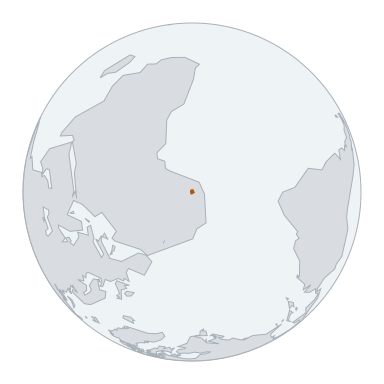 the Earth from above Bafing, rotated 212°
{"feature_id": "CIV-3440", "entity_name": "Bafing", "entity_type": "Region", "adm_level": 1, "iso_a3": "CIV", "parent_name": "Ivory Coast", "parent_adm1": "", "projection": "orthographic", "projection_center": [-7.658, 8.459], "detail": "fine", "context": "on_globe", "style": "filled", "palette": "amber", "viewbox_px": 384, "rotation_deg": 212, "n_neighbors": 0, "source": "natural_earth", "source_scale": "10m", "svg_char_len": 9262}
<svg xmlns="http://www.w3.org/2000/svg" viewBox="0 0 384 384"><g transform="rotate(212 192 192)"><circle cx="192" cy="192" r="169" fill="#eef3f6" stroke="#a8b0b8"/><path d="M138.4,31.8L128.3,35.9L131.5,34.7L127.9,36.8L130.3,36.4L126.8,38.1L131.7,36.4L134.5,35.0L137.5,34.0L139.2,33.8L135.1,35.7L133.6,36.0L133.3,36.5L130.5,37.7L132.8,37.0L127.6,39.7L135.2,36.9L133.0,38.9L128.9,40.7L126.2,40.7L110.0,46.7L105.0,49.5L100.6,53.0L98.9,58.6L94.7,62.0L91.2,66.5L94.9,64.2L99.0,60.1L105.1,57.5L109.3,53.3L112.4,51.8L118.0,47.9L120.5,48.5L119.9,51.4L115.3,54.9L114.9,56.5L121.9,53.5L116.1,61.0L116.8,68.0L114.9,70.2L106.4,73.2L99.6,71.8L88.6,77.7L99.1,74.2L94.2,80.7L94.8,82.1L97.0,82.2L100.2,80.0L99.2,82.6L88.5,86.5L89.2,84.2L92.6,82.8L89.3,82.4L82.1,86.1L80.2,89.6L71.2,92.9L69.8,95.7L67.0,98.2L69.9,93.5L64.5,102.4L53.7,110.8L46.0,127.5L49.9,113.8L49.1,111.6L47.4,111.0L46.0,113.7L45.6,110.6L42.0,115.3L35.8,128.1L32.2,138.8L33.1,140.5L35.6,135.1L37.5,134.9L31.4,149.9L34.0,153.9L31.0,165.7L31.1,172.4L33.6,171.7L35.9,175.6L39.1,169.3L43.6,166.6L42.0,176.4L45.8,168.1L47.4,173.4L57.3,175.2L56.1,177.3L64.2,190.7L75.7,197.7L78.3,205.3L76.7,209.5L81.2,211.5L81.3,214.4L101.8,221.4L114.1,229.8L115.0,239.9L107.2,250.5L106.0,273.7L93.5,279.6L94.3,288.6L91.5,300.6L83.4,298.3L89.8,305.4L88.7,308.6L84.6,308.0L87.5,312.4L84.6,311.9L89.1,315.3L89.9,320.1L96.0,325.2L98.0,328.9L102.2,331.8L100.9,331.4L101.0,332.1L102.9,333.5L96.6,330.0L88.6,323.7L86.2,320.9L84.5,319.9L78.8,312.4L78.9,313.6L69.0,301.0L64.0,290.9L50.9,259.3L47.3,252.3L40.1,243.1L30.8,216.8L31.4,207.4L30.2,202.2L34.1,189.5L34.4,176.0L33.3,173.7L31.5,178.1L29.2,168.3L30.2,157.8L31.0,140.9L35.1,129.4L40.0,118.2L45.8,107.4L52.3,97.0L59.5,87.2L67.4,77.9L76.0,69.2L85.2,61.1L94.9,53.7L105.2,47.1L115.9,41.2L127.0,36.0L138.4,31.8ZM43.4,133.1L46.6,143.4L42.6,143.2L43.7,141.9L43.4,138.0L42.0,133.9L39.1,134.7L43.4,133.1ZM49.9,124.8L49.1,123.8L50.2,124.1L49.9,124.8ZM116.3,47.9L117.1,47.9L115.7,48.6L116.3,47.9ZM117.9,46.3L115.6,47.1L116.1,46.5L117.5,46.0L117.9,46.3ZM120.7,45.5L117.1,45.4L118.0,44.4L124.0,41.7L120.7,45.5ZM134.6,34.7L131.8,36.2L132.6,35.2L134.6,34.7ZM134.4,34.4L132.5,34.0L137.5,32.1L137.1,32.5L142.4,30.5L145.7,29.8L143.6,30.7L139.7,31.9L144.0,30.8L134.4,34.4ZM138.8,33.5L138.0,33.4L142.3,31.7L144.7,31.6L142.6,32.1L138.8,33.5ZM146.6,29.2L149.4,28.5L151.3,28.0L146.3,29.6L142.1,30.6L146.6,29.2ZM142.5,32.4L145.9,31.6L145.4,32.3L139.9,33.5L142.5,32.4ZM142.4,31.4L144.5,30.7L144.1,31.0L142.4,31.4ZM145.6,35.0L144.5,34.6L146.6,33.6L145.6,35.0ZM147.2,31.3L147.4,31.1L148.1,30.7L150.2,30.4L147.2,31.3ZM149.2,29.0L150.0,28.9L151.5,28.2L154.4,27.7L150.5,29.0L153.3,28.2L154.2,28.1L150.1,29.3L149.2,29.0ZM154.5,29.1L150.5,31.0L152.0,31.8L150.2,32.6L148.0,31.3L154.5,29.1ZM152.2,29.1L153.2,29.3L150.4,30.0L148.0,30.4L152.2,29.1ZM157.7,27.1L154.4,27.5L155.3,27.2L157.7,27.1ZM155.5,29.2L156.4,28.7L155.9,29.1L155.5,29.2ZM157.7,27.4L156.3,27.6L157.5,27.2L157.7,27.4ZM159.4,27.9L158.1,28.5L156.4,28.7L159.4,27.9ZM159.0,27.6L160.9,27.2L156.6,28.4L158.3,27.6L159.0,27.6ZM158.9,27.1L159.2,27.0L159.3,27.2L158.9,27.1ZM166.4,27.2L161.4,28.7L157.7,29.0L163.1,27.4L166.4,27.2ZM109.0,336.8L98.0,331.0L103.3,333.9L102.3,332.1L109.8,336.1L109.0,336.8ZM108.1,332.5L109.7,331.9L111.4,332.8L110.7,333.5L108.1,332.5ZM350.2,132.7L354.4,147.1L358.1,163.0L358.7,170.9L352.5,149.6L347.1,135.0L346.5,137.2L338.7,126.4L330.0,128.9L327.3,125.4L326.0,127.8L320.3,125.1L315.6,119.5L312.8,120.7L324.9,135.5L327.7,134.5L328.1,127.5L331.1,133.1L336.4,137.4L335.7,153.3L320.4,170.7L316.5,159.0L292.3,129.6L291.7,126.0L291.5,125.6L291.1,125.0L291.3,130.9L286.4,125.3L301.8,145.8L305.5,155.3L320.2,171.4L319.4,173.5L323.4,176.7L333.3,169.8L333.9,173.8L330.7,193.8L314.9,222.6L315.6,239.5L312.2,254.4L299.3,265.8L297.4,276.9L290.3,281.6L287.9,288.0L280.5,295.3L269.2,302.5L253.4,304.3L254.8,298.8L250.5,288.5L245.5,262.4L252.0,249.5L251.6,239.8L239.9,219.1L242.6,206.7L238.9,201.9L231.5,203.7L226.9,197.9L222.2,198.1L191.1,204.1L180.2,196.7L163.7,173.2L168.3,163.4L166.6,152.5L196.1,114.5L205.2,116.0L231.6,109.5L235.4,110.5L235.4,118.7L257.7,126.9L261.3,119.6L278.4,123.4L287.9,122.0L285.9,106.6L270.3,108.5L264.6,101.7L274.6,94.0L287.8,93.3L286.0,90.7L275.1,85.8L275.6,80.8L271.1,83.9L274.8,86.2L272.1,88.5L268.5,86.5L268.8,84.6L264.1,84.0L264.0,93.9L267.7,97.3L257.0,100.4L262.3,106.6L260.3,110.1L250.7,100.9L249.6,97.3L233.9,88.5L234.0,92.5L248.9,101.2L245.4,100.8L245.7,107.1L242.7,102.0L226.4,92.2L215.0,95.7L205.0,112.0L197.4,114.0L189.1,111.6L188.3,96.1L205.3,93.6L205.2,88.9L198.0,82.9L203.7,82.9L202.9,80.4L208.9,79.5L213.7,72.9L219.3,71.8L217.6,64.6L220.2,63.3L220.5,67.8L223.7,70.6L237.1,68.9L238.7,67.2L236.5,62.9L240.4,63.3L236.6,59.4L242.5,57.2L232.0,56.9L229.2,52.6L230.8,49.2L228.0,47.9L225.3,53.7L226.0,56.2L229.5,58.2L229.6,66.0L225.8,67.7L218.5,60.1L212.3,62.0L209.4,55.9L218.3,42.8L223.9,40.3L240.7,43.9L241.5,46.3L235.8,46.0L244.4,49.8L242.1,47.8L245.4,48.4L243.5,45.2L245.7,45.5L240.0,42.1L242.6,42.2L246.1,44.3L245.5,40.4L249.8,40.3L248.6,39.3L246.0,38.3L253.2,39.2L252.0,38.4L249.2,37.8L244.9,36.1L240.1,33.7L242.9,34.1L245.0,35.0L253.5,38.0L258.6,40.9L259.2,40.9L255.4,38.5L245.1,34.8L241.4,33.3L246.3,34.7L244.2,34.0L243.3,33.4L244.9,33.4L239.5,31.9L225.4,26.7L227.1,26.7L233.0,28.1L231.3,27.7L242.6,30.8L253.8,34.7L264.6,39.4L275.1,44.9L285.1,51.0L294.7,57.9L303.8,65.4L312.4,73.5L320.4,82.2L327.7,91.4L334.4,101.1L340.4,111.3L345.7,121.8L350.2,132.7ZM189.4,133.2L189.4,136.4L189.4,133.2ZM304.1,100.8L310.4,100.4L303.3,91.9L305.1,91.2L302.0,88.7L302.7,91.3L294.6,84.7L295.7,81.9L292.8,78.4L290.5,78.4L289.7,85.0L301.4,94.0L301.8,97.9L304.1,100.8ZM57.7,175.1L58.7,177.3L56.9,177.0L57.7,175.1ZM40.9,146.9L42.1,147.6L42.4,149.3L41.2,149.5L40.9,146.9ZM54.0,150.9L56.0,152.3L53.5,152.5L54.0,150.9ZM47.4,144.8L52.4,150.2L47.6,152.0L44.6,148.7L47.3,148.6L47.4,144.8ZM46.9,129.9L47.5,130.9L46.5,132.5L46.9,129.9ZM50.6,125.0L50.2,125.1L50.5,123.5L50.6,125.0ZM94.8,80.5L95.7,80.2L97.4,80.9L95.5,81.7L94.8,80.5ZM111.3,78.2L109.4,82.4L109.5,79.8L106.5,81.4L103.0,78.3L113.8,71.2L109.5,74.8L111.3,78.2ZM101.3,72.9L102.3,75.2L100.8,73.0L101.3,72.9ZM192.1,69.1L195.4,70.3L194.9,73.2L187.8,76.0L188.5,71.6L192.1,69.1ZM200.2,71.4L194.9,63.8L199.1,62.2L197.7,64.3L201.0,64.0L199.5,67.4L208.6,73.8L208.7,76.9L195.6,79.6L199.8,76.8L196.3,75.6L200.2,71.4ZM174.2,51.7L172.0,49.6L183.9,48.6L184.6,50.8L177.6,53.3L172.7,52.4L174.2,51.7ZM132.1,41.3L130.5,41.5L131.6,40.8L133.9,40.1L132.1,41.3ZM144.9,34.9L140.4,40.3L138.3,40.6L138.2,44.0L132.6,46.4L132.9,44.0L128.5,48.6L126.6,47.4L124.2,50.6L125.4,45.1L123.4,44.6L127.7,44.1L132.9,41.9L134.5,40.8L137.7,37.5L136.0,35.9L140.9,33.8L144.7,32.9L145.9,32.9L142.4,34.1L146.4,33.4L142.2,35.2L144.9,34.9ZM187.1,29.3L182.6,29.5L190.0,30.6L185.8,31.5L186.9,31.5L185.1,32.8L184.9,34.7L182.5,35.0L183.4,35.6L182.3,36.7L182.7,37.7L178.7,38.8L178.9,40.3L176.9,40.0L178.4,42.3L175.5,41.1L173.7,42.7L177.4,43.0L154.7,48.7L147.3,52.8L142.8,57.2L138.5,55.2L139.9,50.2L144.6,44.6L152.3,41.2L148.9,41.3L151.6,39.8L153.1,40.4L152.4,38.6L155.0,37.6L159.2,34.1L156.5,32.7L157.9,31.6L160.3,31.7L160.1,30.6L165.6,30.2L166.8,29.5L173.4,28.6L177.3,29.5L178.3,28.7L183.4,28.3L187.1,29.3ZM168.3,26.9L173.9,27.3L174.4,28.1L162.7,29.4L160.9,30.1L153.4,31.5L152.9,30.3L155.1,30.0L157.1,29.4L156.4,30.0L158.4,29.2L161.5,28.8L163.9,28.1L165.1,28.3L168.3,26.9ZM238.0,107.2L240.6,107.3L244.2,106.5L244.5,110.7L238.0,107.2ZM226.8,100.5L228.9,99.8L231.0,104.8L228.3,105.0L226.8,100.5ZM228.2,95.4L228.8,99.4L226.9,97.3L228.2,95.4ZM222.2,67.1L224.3,66.3L225.2,67.3L224.9,68.9L222.2,67.1ZM208.2,34.4L205.5,34.0L205.6,33.6L201.4,31.8L204.2,31.3L207.8,32.1L208.2,34.4ZM284.3,109.5L282.6,112.7L280.7,111.5L281.7,110.6L284.3,109.5ZM263.4,111.7L269.0,113.0L263.4,112.8L263.4,111.7ZM210.4,33.5L208.4,32.8L211.0,33.0L210.4,33.5ZM206.0,30.9L208.8,30.9L204.0,31.0L206.0,30.9ZM300.6,321.2L298.8,322.8L298.1,323.4L300.6,321.2ZM330.5,248.6L317.1,275.5L312.2,276.6L313.5,269.3L320.0,253.3L326.5,247.8L330.4,240.2L330.5,248.6ZM358.4,164.4L359.9,173.4L359.9,175.5L358.4,164.4ZM231.0,31.1L233.8,33.8L237.6,36.1L242.6,37.7L236.8,37.0L230.9,33.4L231.0,31.1ZM225.8,27.0L221.4,26.2L222.4,26.2L223.6,26.4L225.8,27.0ZM223.8,26.8L220.0,26.6L217.0,25.9L220.5,26.2L223.8,26.8ZM215.4,29.1L216.1,29.9L213.9,29.6L215.4,29.1Z" fill="#d9dde1" stroke="#a8b0b8" stroke-width="1"/><path d="M191.5,191.1L191.3,191.1L191.1,191.0L191.1,190.7L191.2,190.4L191.5,190.2L191.8,190.2L191.8,190.3L192.0,190.5L192.4,190.8L192.5,191.0L192.8,191.2L192.8,191.3L193.0,191.5L193.3,191.7L193.4,191.8L193.4,192.0L193.5,192.3L193.6,192.5L193.6,192.8L193.6,193.0L193.6,193.3L193.3,193.4L193.2,193.4L193.1,193.2L192.9,193.0L192.7,192.9L192.5,193.0L192.4,193.1L192.5,193.3L192.4,193.3L192.5,193.4L192.5,193.5L192.4,193.6L192.3,193.8L192.2,193.8L192.2,193.7L192.2,193.8L192.1,193.7L192.1,193.8L191.9,193.8L191.8,193.7L191.7,193.7L191.4,193.5L191.5,193.4L191.4,193.4L191.2,193.3L191.1,193.2L190.9,193.1L191.0,192.9L190.8,192.9L190.5,192.8L190.2,192.6L190.3,192.5L190.3,192.4L190.3,192.2L190.4,191.9L190.5,191.9L190.8,191.9L191.0,191.9L191.2,192.0L191.3,192.1L191.5,192.0L191.5,191.9L191.6,192.0L191.7,192.3L191.8,192.3L192.0,192.2L191.9,192.1L191.9,191.9L191.9,191.7L191.8,191.4L191.7,191.3L191.7,191.2L191.5,191.1Z" fill="#f59e0b" stroke="#b45309" stroke-width="1.5"/></g></svg>